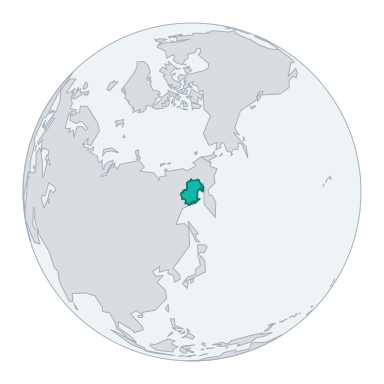 the Earth from above Maga Buryatdan, rotated 327°
{"feature_id": "RUS-2615", "entity_name": "Maga Buryatdan", "entity_type": "Region", "adm_level": 1, "iso_a3": "RUS", "parent_name": "Russia", "parent_adm1": "", "projection": "orthographic", "projection_center": [153.715, 62.596], "detail": "fine", "context": "on_globe", "style": "filled", "palette": "teal", "viewbox_px": 384, "rotation_deg": 327, "n_neighbors": 0, "source": "natural_earth", "source_scale": "10m", "svg_char_len": 16891}
<svg xmlns="http://www.w3.org/2000/svg" viewBox="0 0 384 384"><g transform="rotate(327 192 192)"><circle cx="192" cy="192" r="169" fill="#eef3f6" stroke="#a8b0b8"/><path d="M263.9,342.8L263.7,343.1L263.9,342.8ZM337.2,105.5L348.4,136.1L348.0,139.1L345.3,137.3L335.5,147.7L346.2,144.9L345.1,149.7L341.5,153.0L340.3,149.9L333.6,151.8L330.7,157.2L319.5,157.8L303.4,148.7L306.3,146.2L302.1,144.5L298.2,147.6L296.7,150.0L277.0,150.2L262.6,161.5L262.6,169.8L259.0,164.4L262.1,183.8L257.2,194.2L259.9,179.6L258.1,176.0L253.4,181.4L250.5,178.8L246.5,180.1L243.4,176.7L245.3,168.7L243.3,166.4L240.1,170.4L235.0,169.7L240.0,164.1L231.7,162.4L233.2,149.3L249.1,138.1L247.2,129.0L256.4,112.8L252.9,111.9L254.1,105.5L250.5,102.1L253.2,100.3L247.9,99.2L246.1,101.6L243.2,101.9L240.9,100.3L244.0,97.5L245.6,98.0L245.3,96.3L247.8,95.8L245.3,95.1L249.3,92.2L241.9,92.6L242.3,88.2L245.9,87.0L249.9,90.4L268.2,96.7L273.0,96.9L275.9,93.6L272.0,80.2L275.6,79.3L277.2,75.7L273.3,74.5L270.6,77.0L263.6,74.2L261.2,77.9L258.0,77.4L253.7,80.1L249.7,76.2L248.1,71.1L251.4,68.8L250.8,66.6L243.8,66.2L246.4,59.6L241.7,51.6L242.9,50.4L252.0,52.5L261.6,58.8L273.5,62.5L261.1,56.7L264.2,54.3L262.8,52.6L259.9,50.9L256.8,50.6L256.9,49.1L269.2,54.0L269.3,55.4L265.4,53.7L270.0,56.8L278.3,60.6L279.2,59.3L290.8,67.0L291.6,66.2L294.5,67.6L292.5,68.2L296.4,67.4L310.2,78.1L315.8,79.3L315.4,83.2L318.4,88.2L322.5,94.7L323.6,94.9L327.6,103.7L333.9,113.1L340.2,118.5L341.9,117.5L337.0,107.1L333.8,102.7L329.1,95.3L336.3,104.4L330.1,94.7L337.2,105.5ZM315.5,256.9L314.2,254.7L316.6,254.1L315.5,256.9ZM312.2,254.7L312.9,255.2L312.1,255.1L312.2,254.7ZM310.9,255.5L311.9,255.0L310.9,255.9L310.9,255.5ZM309.3,257.0L310.1,256.1L310.1,256.3L309.3,257.0ZM318.3,81.0L309.6,70.7L316.3,77.7L314.7,76.0L316.5,78.3L320.5,83.7L325.9,90.7L318.3,81.0ZM306.3,258.3L305.6,258.5L306.2,257.4L306.3,258.3ZM310.3,73.8L312.0,75.8L310.1,73.7L310.3,73.8ZM296.5,151.6L298.5,147.9L303.0,146.2L301.8,149.5L296.5,151.6ZM287.3,155.0L287.4,152.4L292.1,154.2L290.6,155.1L287.3,155.0ZM263.2,176.5L265.4,173.4L264.3,177.4L263.2,176.5ZM246.5,180.9L246.8,182.6L244.6,182.6L246.5,180.9ZM256.2,82.0L255.0,81.1L256.4,81.1L256.2,82.0ZM255.5,84.2L258.0,84.9L258.1,86.0L256.5,85.5L255.5,84.2ZM237.9,177.3L234.3,176.8L238.3,175.9L237.9,177.3ZM252.4,83.1L257.8,87.9L257.8,89.9L251.9,89.9L252.4,83.1ZM232.4,175.6L223.7,174.7L223.6,178.4L218.9,167.7L227.9,171.9L232.8,170.1L231.0,173.1L232.4,175.6ZM246.6,103.1L248.4,100.5L249.0,104.2L246.6,103.1ZM247.7,105.4L253.7,116.8L249.9,119.9L248.6,115.4L245.4,120.8L240.5,116.7L241.2,112.8L244.7,111.5L240.2,110.9L247.7,105.4ZM217.6,162.0L215.8,160.7L218.1,160.6L217.6,162.0ZM242.1,102.4L243.7,104.3L240.4,107.1L236.7,103.7L238.9,103.9L242.1,102.4ZM246.9,124.3L243.8,125.9L239.1,123.0L237.2,123.2L240.1,116.9L246.9,124.3ZM238.5,102.4L234.9,102.0L234.3,99.2L240.3,100.7L238.5,102.4ZM241.2,109.3L239.5,110.5L239.2,108.7L241.2,109.3ZM230.2,89.2L232.2,91.3L230.6,92.9L230.2,89.2ZM233.6,102.0L233.8,103.0L233.4,103.9L231.0,103.1L233.6,102.0ZM236.5,115.3L235.1,113.8L235.1,117.8L231.5,115.9L234.0,112.0L231.4,112.9L230.3,112.3L233.6,109.8L236.5,115.3ZM227.4,105.0L229.4,99.7L226.1,95.3L227.4,93.7L232.4,101.1L227.4,105.0ZM230.8,108.0L229.0,105.8L231.4,104.9L234.2,105.8L230.8,108.0ZM228.2,116.0L233.0,119.9L232.3,120.6L228.2,116.0ZM225.9,103.9L225.5,105.2L225.4,103.7L225.9,103.9ZM226.9,112.4L228.7,113.7L227.9,114.5L226.9,112.4ZM223.1,106.9L223.7,105.2L225.6,105.7L223.1,106.9ZM224.4,109.6L222.8,110.4L225.9,107.0L225.4,110.0L224.4,109.6ZM225.8,113.0L225.9,113.9L225.2,112.3L225.8,113.0ZM215.5,105.9L218.9,101.5L223.2,102.7L219.2,106.8L215.5,105.9ZM158.5,26.4L144.3,32.4L135.6,35.3L113.4,48.1L110.0,50.0L108.2,48.7L88.1,61.8L86.8,65.2L72.9,78.6L66.5,87.8L71.8,89.9L82.4,74.7L88.6,72.0L83.5,83.9L74.9,98.1L77.0,97.5L86.0,88.8L87.7,92.5L89.6,85.9L86.1,88.2L87.2,84.3L90.5,82.0L90.9,83.3L94.6,79.4L91.4,74.4L87.5,76.2L94.8,66.5L89.0,68.7L89.7,66.3L99.7,61.8L101.5,62.2L117.1,55.4L115.8,54.0L101.1,60.5L104.0,58.3L102.2,56.8L106.0,56.2L122.4,50.0L131.4,43.4L136.6,35.8L143.2,32.9L151.6,30.8L156.1,34.0L140.8,40.1L142.2,41.7L150.8,41.6L145.4,43.6L147.0,44.4L141.8,47.1L139.8,52.6L135.2,55.9L139.6,59.8L137.9,62.2L135.8,59.1L131.9,58.9L121.4,68.1L120.8,70.4L124.5,72.3L121.1,74.7L126.1,75.4L122.5,82.1L131.0,74.7L135.5,77.2L136.2,82.3L139.2,81.9L138.1,73.6L136.3,71.5L132.3,71.8L128.7,65.4L131.3,62.0L140.8,63.9L145.4,59.3L150.8,63.1L150.4,82.7L147.7,90.3L132.2,98.0L129.9,94.9L134.3,90.4L125.5,92.5L128.5,93.3L125.7,95.4L129.3,98.6L127.5,100.3L134.1,100.6L132.3,103.1L128.1,102.9L132.0,110.1L129.6,116.1L131.4,116.9L133.9,116.1L129.2,124.5L130.7,124.8L132.8,122.1L137.1,121.0L143.0,122.4L141.1,125.2L138.7,125.1L130.8,129.2L124.7,128.7L124.5,130.0L129.3,131.2L139.0,126.1L143.0,126.1L138.7,129.0L140.6,127.9L142.0,128.9L141.6,132.5L146.5,129.6L164.7,136.8L165.7,144.9L159.8,146.4L170.5,155.3L170.8,164.2L172.7,161.6L179.2,164.5L179.2,161.7L180.6,160.7L197.1,167.5L199.5,171.5L208.8,172.0L209.8,170.7L208.6,167.8L218.9,167.7L223.6,178.4L221.1,180.6L225.8,186.1L219.4,190.5L216.2,196.9L206.5,198.9L204.8,204.0L206.9,205.6L206.2,213.8L197.7,225.8L195.6,209.1L206.5,190.9L201.3,197.6L199.8,194.1L196.2,195.3L192.7,200.4L194.0,202.1L174.6,200.9L160.9,210.6L168.4,214.2L169.9,220.3L160.8,235.6L134.7,245.7L136.4,255.0L134.4,258.9L128.2,258.1L131.0,252.3L127.5,247.2L130.0,244.2L121.0,241.5L124.2,237.0L115.7,237.3L115.4,242.5L122.2,246.4L113.4,248.8L116.2,259.6L113.0,267.3L96.5,271.1L84.9,265.9L83.4,267.4L80.6,261.4L74.1,260.5L77.1,278.2L76.0,281.0L66.8,278.5L67.1,276.2L59.7,260.5L56.2,265.5L61.8,279.0L63.6,287.7L58.4,279.8L56.8,271.6L54.2,265.9L56.4,261.0L57.1,248.5L52.0,243.6L53.9,240.2L54.1,226.2L47.6,218.6L36.3,211.9L32.3,219.0L29.5,216.7L32.0,195.2L36.5,185.3L35.2,180.8L39.6,164.9L40.7,143.4L42.8,139.7L42.6,136.3L46.0,127.6L50.0,122.4L51.1,117.9L41.0,132.0L40.0,137.1L41.9,140.2L39.0,143.7L36.1,153.0L32.4,147.9L37.3,124.4L41.0,117.9L61.7,91.1L62.9,91.0L63.1,90.8L63.6,90.5L62.1,89.9L66.8,85.7L52.2,100.1L48.4,104.3L37.3,124.3L37.6,123.6L35.0,129.6L30.7,143.8L30.0,145.3L29.7,145.1L33.5,133.5L38.2,122.1L43.7,111.1L49.9,100.6L56.9,90.5L64.7,80.9L73.1,72.0L82.1,63.7L91.7,56.0L101.8,49.1L112.4,42.9L123.5,37.6L134.9,33.0L146.6,29.3L158.5,26.4ZM147.2,29.3L146.7,29.3L147.2,29.3ZM62.4,114.8L59.4,124.7L66.5,119.9L66.0,123.4L68.6,120.5L67.0,119.5L74.3,112.9L75.1,117.2L78.5,116.3L79.6,112.9L77.0,106.1L66.5,115.4L64.8,113.3L62.4,114.8ZM317.4,78.8L318.2,79.7L315.9,77.1L315.7,76.9L317.4,78.8ZM307.8,69.0L308.0,69.2L306.8,68.0L307.8,69.0ZM313.3,75.9L312.1,74.4L313.1,75.2L313.3,75.9ZM308.9,72.3L309.6,72.9L309.8,73.5L308.9,72.3ZM263.5,54.0L262.5,53.6L260.0,51.7L262.0,52.4L263.5,54.0ZM243.7,45.6L244.3,43.5L245.3,45.4L248.2,45.7L253.9,50.1L243.8,50.1L247.4,49.2L243.7,45.6ZM258.8,56.3L256.3,53.3L259.4,56.6L258.8,56.3ZM161.0,47.0L157.5,47.2L156.9,45.4L162.7,41.9L163.6,44.4L161.0,47.0ZM152.6,48.1L160.5,51.4L157.2,53.9L157.7,51.9L154.8,53.2L154.8,50.4L144.0,49.9L142.8,48.3L154.1,42.3L151.1,45.0L154.7,44.5L152.6,48.1ZM186.3,57.3L189.6,59.3L178.2,62.1L176.4,59.9L182.0,56.1L187.4,56.4L186.3,57.3ZM240.9,82.4L242.9,83.4L242.0,84.1L239.6,83.8L240.9,82.4ZM231.2,90.1L231.1,78.9L233.4,79.4L230.6,72.5L235.6,71.3L237.3,75.8L239.0,69.8L242.5,73.3L243.0,69.2L246.2,79.2L249.4,82.4L243.9,79.3L239.2,80.3L238.2,81.7L237.6,88.0L242.2,95.4L238.3,97.8L234.3,97.5L232.6,96.1L235.7,95.0L231.2,93.9L234.3,91.2L231.2,90.1ZM190.0,96.0L194.2,94.7L185.8,93.1L188.9,89.9L187.7,90.0L188.2,86.7L186.8,82.8L188.9,81.8L187.4,80.7L187.8,78.6L186.5,76.8L189.7,74.5L188.4,72.2L190.7,72.4L187.6,69.1L191.3,70.5L192.1,68.1L188.1,68.0L208.4,60.7L214.1,56.9L216.8,53.1L222.8,56.3L224.1,62.1L222.4,68.8L216.1,72.1L220.0,73.1L218.1,75.1L215.8,73.5L218.2,77.1L216.1,78.3L214.6,85.0L219.3,89.8L218.9,92.4L216.0,91.2L217.6,94.7L211.7,94.2L211.3,96.2L205.1,97.7L199.7,94.4L199.6,96.8L194.9,98.3L190.0,96.0ZM213.6,106.2L206.5,102.6L204.6,99.2L216.2,97.9L217.4,96.3L224.8,95.6L227.3,100.6L224.9,100.3L223.3,101.2L223.1,99.2L222.0,101.5L218.7,101.2L216.9,102.9L215.1,101.3L213.6,106.2ZM108.6,52.1L106.4,53.6L103.5,56.0L102.3,55.3L108.6,52.1ZM119.8,47.6L118.2,48.9L115.1,48.7L117.4,47.3L119.8,47.6ZM119.9,49.9L118.4,49.0L120.6,48.6L119.9,49.9ZM134.6,60.5L133.2,62.1L132.0,62.0L131.5,60.7L134.6,60.5ZM165.5,91.4L168.2,91.0L168.5,91.9L173.9,93.9L172.0,96.5L168.0,96.4L165.5,91.4ZM72.1,87.3L72.4,84.7L74.1,83.2L73.6,84.4L72.1,87.3ZM86.9,68.3L82.3,72.5L86.7,68.0L86.9,68.3ZM164.4,94.6L166.8,95.1L164.4,96.1L164.4,94.6ZM170.9,98.6L168.5,100.1L172.4,97.1L170.9,98.6ZM97.0,326.5L101.5,329.4L101.4,329.6L97.0,326.5ZM92.3,322.5L97.2,325.8L91.6,322.6L92.3,322.5ZM99.1,327.1L104.2,329.7L106.3,330.5L106.1,330.9L99.1,327.1ZM89.1,320.2L72.7,306.8L66.7,300.3L67.8,300.5L77.6,309.8L89.1,320.2ZM67.3,300.0L58.4,287.4L48.7,262.8L52.1,267.9L62.8,288.5L62.1,288.8L67.4,297.1L67.3,300.0ZM90.0,313.5L89.2,316.0L79.9,308.6L75.9,304.7L73.0,297.9L74.6,297.0L77.8,299.9L92.0,302.2L96.6,307.7L91.9,308.2L95.8,314.1L90.0,313.5ZM32.3,220.5L32.3,229.1L31.0,226.6L32.3,220.5ZM99.1,300.0L92.5,299.9L98.9,298.3L99.1,300.0ZM103.6,296.9L103.4,299.3L101.6,295.7L103.6,296.9ZM82.1,270.4L78.6,267.8L79.1,266.1L83.9,268.5L82.1,270.4ZM110.6,273.5L108.2,278.5L106.7,279.6L106.3,275.4L110.6,273.5ZM151.9,119.2L146.5,113.4L141.4,111.3L136.5,113.3L141.0,108.2L148.9,111.4L151.9,119.2ZM163.3,134.3L167.5,132.8L167.3,135.3L166.3,135.9L163.3,134.3ZM164.7,132.1L166.8,126.9L170.3,127.3L167.9,131.3L164.7,132.1ZM165.3,110.1L163.8,108.2L165.9,107.3L165.3,110.1ZM94.0,329.6L105.7,336.8L115.0,339.5L125.4,344.4L131.6,344.1L143.0,348.2L141.0,349.8L154.4,354.6L159.8,351.0L171.6,358.0L183.9,360.1L190.7,361.0L177.8,360.4L165.0,358.8L152.3,356.2L139.9,352.7L127.8,348.3L116.1,342.9L104.8,336.7L94.0,329.6ZM220.4,357.3L223.0,357.0L228.3,356.5L224.0,357.2L220.4,357.3ZM257.5,346.1L259.4,345.6L256.4,346.8L257.5,346.1ZM263.7,343.1L260.1,344.6L263.9,342.8L263.7,343.1ZM229.9,353.6L231.6,353.5L230.6,353.8L229.9,353.6ZM228.8,353.7L229.8,353.0L230.1,353.4L228.8,353.7ZM215.1,352.5L216.3,352.1L217.1,352.2L215.1,352.5ZM108.2,333.3L114.1,334.7L117.7,336.3L108.2,333.3ZM212.7,352.0L209.2,352.1L209.4,351.7L212.7,352.0ZM212.6,351.1L212.0,350.6L214.6,351.7L212.6,351.1ZM205.6,350.2L210.1,351.0L205.1,350.3L205.6,350.2ZM203.2,350.4L200.1,349.9L200.3,349.8L203.2,350.4ZM172.3,349.0L183.2,353.5L175.2,352.6L165.9,349.2L159.9,349.9L145.6,345.9L148.5,345.6L146.2,343.0L132.3,337.5L129.5,335.0L134.2,335.8L125.5,331.1L135.0,334.2L139.2,338.8L144.7,338.2L154.9,341.7L165.2,345.0L174.2,348.6L172.3,349.0ZM135.6,340.8L137.3,341.4L136.0,341.7L135.6,340.8ZM194.3,348.3L198.8,349.8L198.3,350.1L196.3,349.8L194.3,348.3ZM176.2,348.4L185.6,347.1L188.0,347.4L181.8,349.4L176.2,348.4ZM183.0,345.3L187.7,346.1L190.3,347.6L189.4,347.9L183.0,345.3ZM116.2,330.0L115.9,330.7L113.5,328.9L116.2,330.0ZM119.1,331.0L126.5,335.1L118.6,331.4L119.1,331.0ZM98.7,316.7L100.6,320.0L106.6,322.2L102.0,321.4L106.4,327.1L105.2,327.5L100.7,321.6L99.7,324.3L97.1,322.6L95.3,318.6L97.8,316.3L100.4,316.2L111.5,321.9L98.7,316.7ZM119.0,328.5L117.1,325.1L118.6,324.0L120.5,326.4L119.0,328.5ZM112.2,315.9L108.0,310.0L103.7,308.8L113.1,309.0L115.4,314.7L112.2,315.9ZM109.5,306.3L105.4,305.2L110.0,304.7L109.5,306.3ZM104.7,303.4L104.8,300.7L107.8,302.9L104.7,303.4ZM111.6,307.6L113.3,303.8L114.3,307.2L111.6,307.6ZM105.1,294.2L110.4,302.4L102.4,295.4L104.7,286.6L108.3,288.7L105.1,294.2ZM141.7,268.1L142.3,264.6L146.3,265.7L144.8,267.7L141.7,268.1ZM159.8,266.5L147.6,264.8L137.8,263.5L139.7,266.1L135.4,270.2L133.9,263.6L142.4,260.9L149.4,262.9L152.7,259.0L159.2,258.1L161.3,252.1L164.9,250.5L165.1,256.7L159.8,266.5ZM161.9,249.4L167.9,239.3L174.4,243.7L174.5,246.8L169.0,249.6L166.0,247.1L161.9,249.4ZM171.2,238.2L168.3,235.8L171.0,217.3L173.1,214.6L174.5,230.6L171.8,229.2L170.1,233.1L171.2,238.2ZM215.1,162.5L215.7,160.9L216.6,162.7L215.1,162.5ZM180.4,159.2L182.5,158.1L183.4,160.2L180.4,159.2ZM188.8,156.5L186.3,154.9L189.7,155.4L188.8,156.5ZM180.6,151.5L185.7,153.7L179.6,153.3L180.6,151.5Z" fill="#d9dde1" stroke="#a8b0b8" stroke-width="1"/><path d="M191.4,202.3L190.9,202.4L190.8,202.9L190.2,202.7L190.0,202.4L189.9,202.5L189.6,202.6L189.6,202.8L189.4,202.9L188.6,202.9L188.4,203.0L188.2,202.5L188.0,202.2L188.2,202.3L188.6,202.0L189.3,202.2L189.9,202.0L189.6,201.7L189.4,201.8L189.3,201.7L189.0,201.6L188.9,201.2L188.7,201.0L188.5,200.8L188.4,200.9L187.8,200.9L187.8,201.2L187.6,201.2L187.2,201.0L187.6,200.9L187.3,200.9L186.9,200.6L185.9,200.2L185.6,200.2L185.2,200.5L185.3,200.8L185.3,201.0L185.1,200.9L184.9,201.0L184.7,200.8L184.8,200.7L184.7,200.7L184.6,200.9L184.5,201.2L184.7,201.3L184.8,201.2L184.8,201.4L184.9,201.5L184.7,201.5L184.1,201.5L184.0,201.2L183.8,201.0L183.2,201.1L183.2,201.3L182.8,201.3L182.7,201.5L182.3,201.1L182.2,201.2L181.8,201.0L182.1,200.8L182.3,200.2L182.2,200.1L182.3,199.9L182.2,199.7L182.3,199.6L182.1,199.3L181.8,199.4L181.6,199.1L181.7,198.8L181.4,198.7L181.3,198.2L180.4,198.4L180.2,198.0L180.2,197.9L180.3,197.8L180.1,197.7L180.3,197.3L180.7,197.2L181.0,196.8L181.3,197.1L181.5,197.0L181.7,196.6L181.7,196.3L182.0,196.3L182.0,196.2L182.1,195.8L182.1,195.5L182.1,195.3L182.2,195.0L182.0,194.9L182.0,194.3L181.8,193.8L181.8,193.7L181.3,193.1L181.1,193.1L181.0,192.9L180.6,193.2L180.4,193.0L180.2,193.1L179.9,192.7L179.7,192.8L179.6,192.6L180.0,192.4L180.1,192.2L180.2,192.3L180.3,192.2L180.3,191.9L180.4,191.7L180.6,191.4L180.7,191.5L180.8,191.4L180.7,191.2L180.8,191.1L180.7,190.8L180.8,190.3L180.7,190.0L180.8,189.8L180.8,189.5L180.8,189.3L181.0,189.1L181.2,188.6L181.5,188.2L181.5,187.8L181.4,187.7L182.2,187.5L182.3,187.2L182.5,187.1L182.6,186.7L183.4,187.0L183.7,187.3L183.8,187.2L184.2,187.0L184.1,187.4L184.3,187.5L184.5,187.6L184.8,187.4L184.8,187.2L185.0,187.0L185.0,186.9L184.7,186.5L184.8,186.4L184.9,186.2L185.2,185.9L185.3,186.0L185.5,186.4L186.1,186.4L186.3,186.5L186.4,186.3L186.6,186.4L186.8,186.1L187.1,186.0L187.4,186.3L187.3,186.7L187.5,187.1L188.0,187.3L188.0,187.2L188.1,186.8L188.5,186.8L188.8,186.7L189.0,186.9L189.2,186.5L189.9,186.3L190.0,186.5L189.9,186.8L190.3,186.7L190.2,186.3L190.8,185.8L190.7,185.5L190.5,185.4L190.5,185.1L190.7,184.8L190.6,184.5L190.7,184.2L191.3,184.1L191.7,183.8L191.8,183.7L191.6,183.4L191.7,183.1L191.8,182.8L191.7,182.6L192.0,182.3L192.4,182.4L192.4,182.6L192.6,182.5L192.8,182.1L192.8,181.9L192.6,181.8L192.8,181.6L192.8,181.4L193.0,181.3L193.3,181.4L193.4,181.6L193.7,181.3L193.9,181.4L193.9,181.5L194.5,181.4L194.7,181.6L195.1,181.7L195.5,181.3L195.6,181.6L195.9,181.8L195.9,182.0L196.1,182.1L196.4,182.0L196.4,181.9L196.8,181.5L197.3,181.3L197.7,181.4L197.6,181.0L197.7,180.7L197.8,180.7L198.0,180.9L198.5,181.0L198.5,181.3L198.4,181.6L198.3,181.9L198.3,182.0L198.3,182.3L198.3,182.5L199.5,183.0L199.9,183.2L199.9,183.4L200.0,183.5L200.4,184.0L201.0,183.9L201.4,184.0L201.5,184.1L201.9,184.3L202.1,184.8L202.8,185.0L203.1,184.9L203.3,185.1L203.7,185.1L203.8,185.0L203.8,184.7L204.0,184.9L203.9,185.1L203.9,185.4L204.2,185.5L204.3,185.7L204.4,185.8L204.1,186.0L204.1,186.4L203.8,186.4L203.6,186.6L203.7,187.0L203.8,187.0L203.8,187.3L203.7,187.5L203.7,187.8L203.9,187.9L203.9,188.0L204.1,188.1L204.1,188.5L203.8,188.9L204.0,189.2L204.0,189.4L203.8,189.5L203.5,189.7L203.4,189.8L203.5,189.9L203.5,190.3L203.8,190.5L204.1,190.8L204.3,190.8L204.1,191.2L204.3,191.4L204.3,192.0L203.6,192.4L203.8,192.6L204.1,192.7L204.1,193.0L203.9,193.2L204.1,193.4L204.1,193.6L204.3,193.9L204.1,193.9L204.1,194.1L203.9,194.3L203.7,194.7L203.6,194.9L203.5,194.7L203.5,194.9L203.5,195.0L203.4,194.9L203.4,195.1L203.1,195.3L203.1,195.5L202.9,195.6L203.0,195.7L202.7,195.9L202.7,196.1L202.3,196.4L202.2,197.0L202.0,196.9L202.0,197.0L201.8,196.9L201.6,197.1L201.7,196.9L201.5,197.4L201.3,197.5L201.3,197.2L201.4,196.9L201.4,196.7L201.5,196.5L201.6,196.1L201.2,196.1L200.8,196.5L200.7,196.5L200.9,196.0L200.8,195.7L200.6,195.6L200.6,195.4L200.9,195.4L200.8,195.2L201.0,195.0L200.9,194.9L201.2,194.6L201.2,194.4L201.1,194.2L201.3,194.0L201.2,193.8L201.3,193.8L201.2,193.4L200.8,193.8L200.6,194.2L200.4,194.2L200.4,194.3L200.2,194.4L200.1,193.9L200.0,194.1L199.8,194.0L199.9,193.8L199.6,193.7L199.2,193.8L199.1,194.0L198.7,194.0L198.3,194.0L198.1,194.3L197.7,194.2L197.2,194.2L197.1,194.5L196.6,194.7L196.5,195.0L196.2,195.1L196.1,195.5L196.2,196.0L195.8,196.2L195.2,196.9L195.2,197.1L195.2,197.5L194.9,197.7L194.6,197.9L194.6,198.0L194.3,198.1L194.1,198.4L193.8,198.6L193.6,198.8L193.2,199.5L193.1,199.8L193.2,199.6L193.2,199.4L193.0,199.5L193.1,200.0L192.7,200.0L192.8,200.4L193.0,200.9L192.8,200.6L192.7,200.9L192.5,201.1L192.9,201.3L193.0,201.0L193.1,201.4L193.1,201.2L193.3,201.1L193.7,201.2L193.9,201.1L194.2,201.6L194.3,201.7L194.2,201.7L194.2,201.9L194.2,202.1L193.7,202.0L193.1,202.0L192.9,202.0L193.0,202.3L192.5,202.4L192.3,202.3L192.1,202.1L192.1,201.9L191.9,202.0L191.5,201.9L191.4,202.1L191.4,202.3ZM187.4,202.1L187.6,202.2L187.3,202.5L187.1,202.5L187.4,202.1ZM185.0,201.9L184.9,201.7L185.1,201.7L185.0,201.9ZM194.7,201.6L194.8,201.6L194.7,201.6Z" fill="#14b8a6" stroke="#0f766e" stroke-width="1.5"/></g></svg>